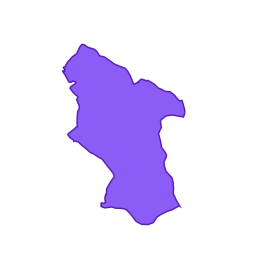 the district of Bafoulabe, Kayes, Mali, rotated 152°
{"feature_id": "8926073B35923162225659", "entity_name": "Bafoulabe", "entity_type": "district", "adm_level": 2, "iso_a3": "MLI", "parent_name": "Mali", "parent_adm1": "Kayes", "projection": "equal_earth", "projection_center": [-10.509, 13.682], "detail": "fine", "context": "isolated", "style": "filled", "palette": "violet", "viewbox_px": 256, "rotation_deg": 152, "n_neighbors": 0, "source": "geoboundaries", "source_scale": "gbopen_adm2", "svg_char_len": 2307}
<svg xmlns="http://www.w3.org/2000/svg" viewBox="0 0 256 256"><g transform="rotate(152 128 128)"><path d="M161.1,36.5L155.5,33.3L150.0,32.6L144.6,35.7L140.6,36.2L133.3,36.1L127.3,35.1L123.8,35.2L119.9,35.2L119.5,35.1L119.0,34.4L119.3,40.6L118.9,48.7L116.0,53.6L113.7,58.9L113.1,60.8L112.6,63.7L114.8,72.1L114.1,76.0L113.0,79.1L112.1,81.3L108.4,83.9L106.9,85.6L106.5,88.1L107.4,95.1L105.4,101.5L103.7,108.6L100.6,111.2L98.4,112.7L96.8,116.9L96.3,118.6L95.0,119.5L94.4,119.9L94.3,120.0L93.7,120.0L89.8,120.6L88.5,120.8L82.8,118.7L73.9,111.7L71.3,114.0L69.4,117.3L67.4,127.0L69.5,127.5L70.5,129.5L71.6,135.3L73.7,140.0L77.9,142.9L80.4,146.5L82.6,149.2L83.3,151.6L84.6,155.0L88.0,160.6L88.4,160.4L89.5,160.8L89.9,161.5L90.4,162.2L90.9,162.3L91.3,163.0L91.7,163.3L92.0,163.6L92.5,164.2L93.5,164.9L94.6,164.7L95.4,164.4L96.5,164.2L97.0,164.1L97.4,163.3L97.6,163.3L97.7,163.8L97.8,163.9L101.3,163.7L102.4,163.8L102.3,165.0L101.5,173.7L101.6,177.9L102.4,182.0L106.8,186.9L110.2,191.1L112.4,195.9L114.5,199.9L115.3,201.5L119.2,205.1L119.6,210.2L120.8,213.3L125.7,218.3L127.6,222.3L129.7,223.4L132.5,222.2L138.4,217.7L143.7,217.0L146.0,216.1L149.8,214.8L153.4,212.7L154.3,211.7L155.4,211.8L156.5,211.9L156.7,211.7L156.7,211.4L156.7,210.9L156.0,209.9L156.2,209.5L157.0,208.7L157.1,208.0L157.4,207.9L157.7,208.1L158.0,207.7L158.7,207.9L158.6,209.0L158.9,208.9L159.1,208.6L158.6,203.7L158.6,197.6L158.3,195.8L156.6,195.2L155.0,195.4L152.7,193.5L152.7,192.4L154.4,191.7L159.2,191.4L160.5,190.3L159.9,185.8L158.8,182.0L157.5,179.5L158.2,178.2L160.0,177.3L160.7,170.5L162.1,167.7L164.5,166.5L168.2,160.7L170.9,155.8L172.1,152.9L173.3,153.2L174.7,152.7L176.6,152.2L183.5,151.0L183.7,150.9L184.1,150.6L184.2,150.4L184.3,149.5L184.0,148.9L183.9,148.5L183.9,148.4L184.0,147.4L183.6,146.6L183.4,146.1L183.1,145.3L182.1,143.7L182.0,142.9L182.1,141.9L181.8,142.1L178.3,138.8L176.8,134.0L175.1,130.4L172.9,124.2L170.4,121.2L168.0,116.6L165.5,112.8L162.6,96.6L162.3,94.1L162.9,91.5L168.9,88.5L174.8,84.7L176.1,83.4L176.1,83.1L176.5,82.3L177.1,81.6L177.8,80.1L178.1,79.6L179.0,79.8L179.2,78.7L180.4,78.4L182.1,75.4L182.6,72.9L185.1,73.0L186.2,74.2L187.4,73.9L187.8,72.5L188.6,71.3L185.9,68.3L179.1,65.8L177.4,63.6L171.6,60.1L168.0,57.2L166.1,50.8L164.7,41.7L161.1,36.5Z" fill="#8b5cf6" stroke="#5b21b6" stroke-width="1.5"/></g></svg>